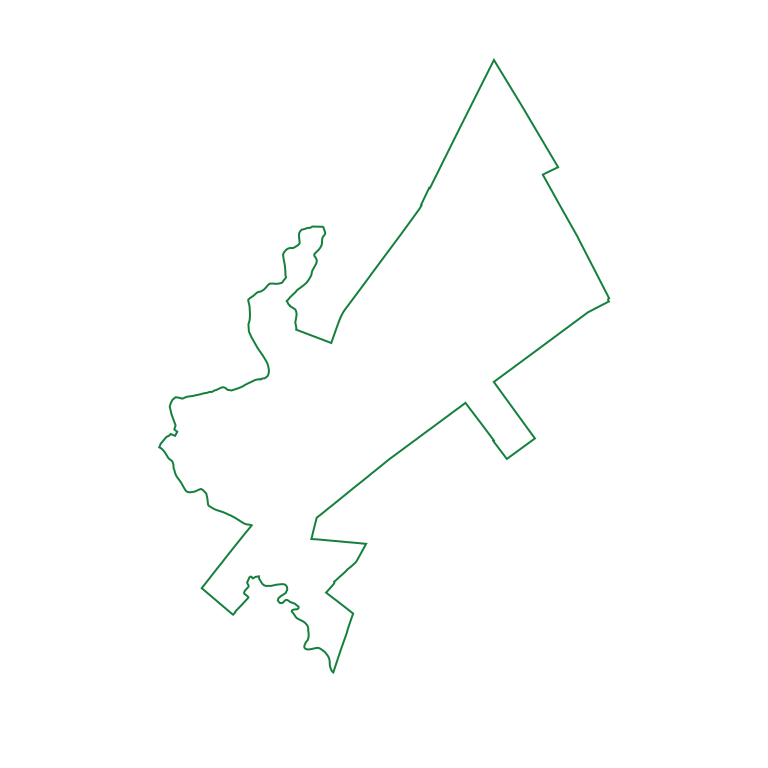 outline of Tandarei, Ialomita, Romania, rotated 59°
{"feature_id": "2599482B96283666408725", "entity_name": "Tandarei", "entity_type": "district", "adm_level": 2, "iso_a3": "ROU", "parent_name": "Romania", "parent_adm1": "Ialomita", "projection": "natural_earth1", "projection_center": [27.631, 44.699], "detail": "fine", "context": "isolated", "style": "outline", "palette": "green", "viewbox_px": 768, "rotation_deg": 59, "n_neighbors": 0, "source": "geoboundaries", "source_scale": "gbopen_adm2", "svg_char_len": 6141}
<svg xmlns="http://www.w3.org/2000/svg" viewBox="0 0 768 768"><g transform="rotate(59 384 384)"><path d="M465.1,645.4L502.4,632.8L504.0,632.2L503.4,630.3L503.3,629.8L503.1,629.0L502.4,628.5L500.1,619.9L498.0,612.6L497.6,611.3L497.2,610.2L496.8,610.0L495.7,610.3L494.8,610.6L494.2,610.8L493.1,611.2L491.7,611.8L491.1,611.6L490.5,611.1L489.4,609.4L488.1,604.7L487.3,604.0L486.8,603.9L484.8,603.8L483.7,603.6L483.4,603.2L481.1,599.9L480.5,599.1L480.3,597.8L480.5,597.3L481.5,596.8L482.9,596.7L483.2,596.2L483.1,593.8L483.3,593.1L484.4,590.3L486.7,591.3L490.5,591.3L492.6,591.2L494.1,590.8L495.7,589.8L496.5,588.8L499.0,584.5L500.5,579.9L503.1,574.3L504.5,572.5L506.0,571.8L508.0,571.7L510.4,572.8L511.7,574.7L512.5,576.0L512.6,577.5L512.7,581.5L513.2,584.7L514.8,586.4L516.5,586.4L518.0,586.0L519.0,584.8L519.4,583.3L518.9,581.7L518.5,579.4L519.3,578.2L521.0,577.3L522.5,576.7L523.8,575.7L526.3,573.6L528.1,573.0L530.6,572.0L531.3,572.1L531.9,572.6L532.3,573.1L532.3,573.7L532.2,574.8L531.6,575.8L531.1,577.0L530.8,577.9L530.7,578.8L530.7,579.6L531.2,580.0L531.8,580.2L534.4,579.8L538.9,579.6L540.2,579.1L546.2,575.4L548.7,574.5L551.5,574.1L553.2,574.3L555.3,575.2L556.5,576.1L557.8,576.5L560.3,577.8L562.1,579.0L564.1,581.1L565.2,584.1L567.2,586.9L568.2,587.7L569.3,588.0L570.8,587.6L572.0,586.5L573.2,584.4L575.7,577.2L577.0,575.6L578.9,574.5L583.3,572.7L587.6,572.2L589.7,572.2L591.4,572.5L593.4,573.2L596.6,575.0L599.0,575.9L601.8,576.5L604.1,576.4L605.1,576.0L589.5,557.8L577.2,542.9L576.5,542.5L569.0,533.7L564.9,528.7L554.3,532.7L545.6,536.1L533.0,541.1L532.1,538.2L529.7,530.6L529.0,529.1L528.7,528.8L527.7,528.5L527.6,526.9L527.2,525.0L526.5,521.7L526.0,518.8L525.6,516.7L524.9,513.5L524.6,512.5L524.1,510.9L523.9,509.1L523.6,507.5L523.6,506.5L523.0,503.5L522.3,500.2L522.1,499.7L521.4,498.2L520.5,496.6L517.2,490.9L511.8,481.7L505.4,490.3L500.3,497.4L493.9,506.0L491.2,509.8L487.9,514.3L482.9,521.1L479.5,526.1L476.9,523.5L473.2,519.9L464.2,510.8L463.9,510.4L463.5,506.5L463.3,504.9L462.5,499.3L461.8,494.6L461.3,490.3L460.7,486.2L457.4,463.2L456.2,453.9L455.7,450.3L455.1,445.8L454.6,442.6L454.3,440.8L453.9,437.5L453.0,431.0L452.4,426.6L451.6,421.3L451.1,417.3L449.5,400.3L448.4,389.1L448.0,384.2L447.6,380.9L447.0,374.7L446.5,369.1L445.9,362.4L445.5,358.9L445.0,353.6L444.5,348.5L444.2,344.8L443.7,340.6L443.1,333.7L443.0,332.2L442.1,323.9L469.5,320.9L489.0,318.9L489.0,319.7L511.5,317.3L508.4,282.7L501.3,283.3L496.2,283.8L438.8,288.8L433.3,231.2L427.6,172.4L428.1,163.8L429.1,148.8L427.8,148.7L427.1,148.5L426.8,148.2L426.5,146.9L392.0,144.6L391.8,144.6L358.6,142.4L358.4,142.3L316.5,141.1L311.9,140.9L286.4,140.1L286.4,139.0L287.1,131.1L287.8,123.1L216.7,122.6L165.3,122.9L162.9,122.9L169.6,133.5L181.5,152.3L190.7,166.8L191.9,168.7L196.9,176.6L208.7,195.2L220.5,213.6L223.0,217.6L226.5,223.0L239.8,243.8L239.1,244.2L249.5,259.9L250.1,259.7L251.2,261.7L252.1,263.3L264.3,292.1L281.6,334.2L284.1,340.1L284.2,340.3L291.8,358.7L300.3,379.5L301.6,382.3L303.2,384.9L304.6,387.1L309.4,393.2L321.7,408.1L307.3,419.4L303.0,422.8L292.2,431.3L291.8,430.8L289.9,429.9L287.7,429.1L285.8,428.5L284.3,427.3L283.2,426.2L279.4,423.1L277.1,422.1L276.1,421.9L275.6,421.7L274.8,421.7L274.1,421.8L270.8,423.4L268.8,424.5L268.4,424.3L268.0,424.3L266.5,424.8L264.0,424.6L263.0,424.8L262.7,424.5L262.6,423.6L261.2,419.6L260.4,416.0L259.6,412.3L259.0,410.9L258.7,409.5L258.1,402.9L257.4,398.6L256.2,395.5L254.3,391.9L253.0,390.0L251.3,388.5L249.8,386.9L247.7,383.2L246.0,380.3L244.0,378.2L242.5,377.7L240.2,377.5L239.2,377.7L238.5,377.7L237.7,377.5L237.1,377.0L236.7,376.6L235.5,371.8L235.1,370.2L234.1,368.0L232.6,365.7L231.1,364.5L227.6,362.1L226.6,360.9L225.6,358.3L224.9,357.1L224.1,356.5L221.2,355.8L219.5,355.6L218.6,355.2L217.7,355.5L212.2,364.2L212.1,364.5L212.2,365.6L212.0,367.0L210.9,369.1L210.2,372.3L209.4,375.0L209.6,376.3L210.0,377.4L211.2,379.2L213.4,380.7L218.1,382.9L219.1,383.2L220.3,384.5L220.7,386.3L220.7,386.9L220.8,390.0L220.6,392.0L219.1,394.3L218.4,397.0L218.7,399.5L219.9,402.4L221.0,403.8L223.7,405.1L231.5,408.0L236.6,410.5L240.5,412.7L241.6,412.8L242.3,413.3L242.7,414.1L243.1,415.6L244.7,419.3L244.0,421.7L242.8,424.6L241.0,427.1L239.2,430.1L239.3,431.3L239.6,433.1L240.5,435.4L241.2,438.1L241.3,441.7L240.3,444.7L240.4,446.7L241.1,450.3L241.4,455.0L241.8,456.9L243.1,457.6L247.9,459.1L255.5,463.1L260.0,466.2L263.1,469.5L268.9,472.5L269.7,472.8L275.6,473.5L287.6,473.8L290.8,473.7L297.3,473.2L302.3,473.2L306.0,473.3L309.5,474.2L312.3,475.3L314.2,476.3L316.6,478.6L317.3,479.9L317.3,480.3L317.6,481.7L317.6,483.3L317.0,484.7L316.5,486.1L316.6,487.1L316.5,487.7L315.9,487.9L314.7,490.8L314.3,492.0L314.1,493.4L313.9,496.2L313.5,499.4L313.2,503.5L313.3,505.4L313.1,508.0L312.6,511.1L311.0,518.0L308.4,521.1L305.9,521.9L304.4,523.0L304.2,523.3L303.5,524.4L303.2,526.0L302.8,530.7L302.3,532.3L302.2,534.2L302.3,534.5L302.2,535.0L301.9,536.2L301.3,536.9L300.9,537.7L300.7,539.0L300.3,540.6L299.2,543.2L298.2,546.8L297.0,550.4L296.4,551.8L295.9,554.0L294.3,557.3L293.3,560.1L292.7,564.4L289.6,567.4L288.0,569.5L288.6,573.5L290.7,576.8L293.0,579.3L300.4,581.7L305.4,582.7L311.9,583.9L312.4,584.2L314.6,586.9L315.1,587.1L316.9,586.4L318.5,585.8L320.8,589.8L317.0,592.6L317.6,594.6L317.6,595.4L317.5,595.9L317.3,596.9L317.4,598.1L320.3,606.4L321.3,607.6L322.5,609.3L323.9,608.4L325.3,607.8L326.8,607.5L328.9,607.1L331.6,607.0L333.8,607.0L336.0,607.0L337.9,606.6L340.4,605.5L341.4,605.3L344.4,605.9L347.6,607.6L350.4,608.2L352.7,608.9L355.1,609.3L357.4,609.3L361.6,608.9L364.5,608.7L366.4,608.8L368.6,608.9L373.0,608.9L374.4,608.5L375.5,607.9L376.8,606.3L377.6,604.6L378.3,602.9L378.9,600.7L379.2,597.4L379.6,595.3L380.0,594.7L381.8,593.8L386.4,592.8L390.1,594.0L391.0,594.3L393.2,595.3L396.7,596.9L398.0,597.0L399.0,596.5L401.4,595.2L403.7,594.0L406.7,591.7L408.7,589.9L411.1,587.8L413.8,585.9L416.0,584.5L417.5,583.3L422.1,580.5L427.2,578.0L431.5,575.8L433.7,573.9L435.5,571.5L436.5,570.6L437.0,570.2L438.4,574.0L439.5,577.1L440.1,578.9L446.0,594.9L451.2,608.8L453.6,614.9L454.8,618.2L456.3,622.3L458.0,626.7L459.2,629.9L460.6,633.4L461.9,636.9L463.4,640.8L465.1,645.4Z" fill="none" stroke="#15803d" stroke-width="2"/></g></svg>